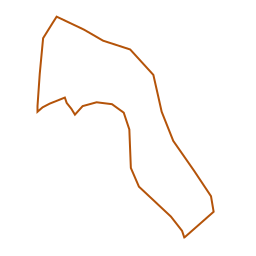 Budva, Equal Earth projection, rotated 7°
{"feature_id": "MNE-1499", "entity_name": "Budva", "entity_type": "Municipality", "adm_level": 1, "iso_a3": "MNE", "parent_name": "Montenegro", "parent_adm1": "", "projection": "equal_earth", "projection_center": [18.879, 42.272], "detail": "fine", "context": "isolated", "style": "outline", "palette": "amber", "viewbox_px": 256, "rotation_deg": 7, "n_neighbors": 0, "source": "natural_earth", "source_scale": "10m", "svg_char_len": 547}
<svg xmlns="http://www.w3.org/2000/svg" viewBox="0 0 256 256"><g transform="rotate(7 128 128)"><path d="M197.2,229.8L194.2,223.5L181.4,210.7L146.0,184.9L135.7,167.3L129.5,129.3L121.9,113.3L109.2,106.3L93.7,106.3L80.3,111.8L73.7,121.2L69.4,115.8L64.1,110.6L61.6,105.5L47.4,113.3L40.7,117.9L36.2,122.9L35.5,117.2L33.8,85.0L32.8,49.2L40.4,32.9L43.6,26.2L72.2,35.7L92.7,44.4L120.6,49.8L146.7,72.2L154.1,92.8L159.4,107.7L174.5,135.3L198.8,162.4L218.7,185.6L223.2,200.7L197.4,229.7L197.2,229.8Z" fill="none" stroke="#b45309" stroke-width="2"/></g></svg>